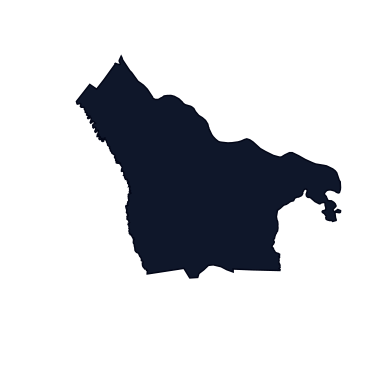 Bella Vista, Corrientes, Argentina (Mercator projection), rotated 115°
{"feature_id": "61730980B66875074034941", "entity_name": "Bella Vista", "entity_type": "district", "adm_level": 2, "iso_a3": "ARG", "parent_name": "Argentina", "parent_adm1": "Corrientes", "projection": "mercator", "projection_center": [-58.927, -28.498], "detail": "fine", "context": "isolated", "style": "filled", "palette": "ink", "viewbox_px": 384, "rotation_deg": 115, "n_neighbors": 0, "source": "geoboundaries", "source_scale": "gbopen_adm2", "svg_char_len": 6025}
<svg xmlns="http://www.w3.org/2000/svg" viewBox="0 0 384 384"><g transform="rotate(115 192 192)"><path d="M160.0,58.8L160.1,57.6L159.6,54.9L159.0,54.0L158.9,52.6L159.2,52.1L156.9,49.4L156.5,49.4L154.6,51.1L151.1,53.3L150.5,53.5L149.9,53.3L149.3,52.5L148.7,50.3L148.3,49.4L147.8,49.0L147.3,49.0L146.1,49.5L146.2,52.5L149.1,54.1L149.7,54.8L149.4,55.7L149.0,56.4L148.4,56.8L147.0,56.5L144.2,55.5L143.6,55.7L142.2,57.2L141.4,59.2L141.1,61.9L142.2,64.6L142.1,65.3L140.4,67.4L139.3,68.5L138.3,70.9L136.9,71.5L133.8,70.6L132.3,68.9L131.4,67.0L130.9,63.9L130.8,62.4L131.2,61.3L131.1,59.5L130.8,58.6L130.1,58.2L127.1,58.6L125.2,59.3L120.1,62.0L119.2,63.5L113.4,69.0L112.3,71.2L111.6,74.2L111.5,81.0L112.1,83.6L114.4,91.8L114.6,95.3L114.7,103.1L114.1,110.6L114.0,117.7L115.2,120.3L119.1,123.5L122.6,125.8L123.5,127.8L124.5,133.7L124.3,142.5L123.8,148.5L120.9,157.8L120.3,161.7L120.7,164.8L122.3,166.6L124.8,168.7L127.1,171.3L130.5,176.6L132.4,180.2L134.4,186.1L135.0,188.2L135.0,189.9L134.2,193.0L132.9,196.3L131.6,198.5L127.5,203.4L126.5,204.1L126.2,204.6L123.8,206.4L121.4,210.1L120.3,214.0L119.8,218.3L117.6,223.0L115.6,225.6L115.0,228.1L114.9,229.4L115.8,235.1L115.4,237.4L114.6,238.8L113.1,243.3L112.8,248.6L113.4,251.8L115.0,255.1L116.8,257.9L118.8,258.9L120.3,260.2L121.5,260.9L122.5,261.8L123.7,264.4L123.6,266.5L123.3,267.4L122.6,268.0L117.7,276.0L115.7,281.2L114.5,287.8L109.2,297.3L108.3,299.8L101.6,310.7L99.8,312.3L98.8,313.6L103.4,313.6L104.4,313.1L105.4,311.8L106.2,311.1L106.7,311.2L107.2,311.7L107.7,314.2L107.7,315.7L108.1,316.0L108.4,315.6L127.4,319.2L139.1,321.9L137.7,330.1L158.8,335.0L160.6,333.5L160.8,333.1L159.1,330.7L159.3,330.0L159.9,329.6L161.6,329.3L162.0,328.2L160.9,325.9L161.3,325.0L162.4,324.6L163.6,322.8L164.6,322.6L164.9,322.3L164.8,320.7L165.2,320.4L166.7,320.1L166.8,319.3L166.3,317.4L166.4,316.4L167.0,316.2L167.5,317.4L168.1,317.9L168.7,318.0L169.2,317.8L169.4,317.4L169.3,316.9L167.8,315.7L167.6,315.0L167.8,314.5L169.2,313.9L171.7,313.7L172.1,313.5L172.4,312.8L170.8,312.0L170.3,312.2L169.8,312.1L169.8,311.4L170.4,308.7L172.4,310.2L173.6,310.2L173.9,309.7L174.7,309.5L175.5,309.0L175.6,308.2L174.4,307.6L174.2,307.0L174.7,306.2L175.8,305.7L177.9,305.8L178.6,305.2L178.6,304.5L175.8,303.5L175.8,303.0L176.6,302.4L178.8,301.9L178.8,301.4L179.4,300.6L180.1,300.5L180.3,301.1L180.2,301.9L181.8,301.5L180.7,298.9L180.7,298.5L181.2,298.2L182.1,299.0L182.7,299.0L183.3,298.5L183.5,298.0L183.0,296.9L181.7,296.5L181.5,296.0L181.8,295.6L182.6,295.4L183.5,295.5L184.0,295.2L184.0,294.5L183.7,293.9L183.0,293.6L182.5,293.9L182.4,294.5L180.3,294.3L179.9,293.7L181.2,293.2L181.3,291.9L181.6,291.3L182.7,290.5L183.8,289.1L185.2,288.2L185.8,285.7L187.1,285.3L187.8,284.2L189.1,283.3L189.5,282.1L190.5,281.2L190.7,280.6L191.3,277.2L191.9,276.7L192.4,277.0L193.1,277.0L193.7,276.4L193.8,275.6L194.4,275.3L194.9,274.6L195.7,274.5L196.0,273.9L195.7,272.4L196.9,273.3L197.5,273.0L197.5,272.2L197.0,270.6L196.1,269.6L196.2,269.0L197.0,269.1L198.9,265.8L199.4,265.5L201.1,265.4L202.9,264.8L203.0,264.3L202.3,263.5L202.3,262.9L202.9,262.2L204.0,261.6L204.4,261.0L205.9,261.1L206.0,259.9L207.6,259.0L208.1,257.8L208.6,257.6L207.9,256.4L208.1,255.8L209.3,255.6L209.3,254.0L210.5,254.3L211.1,254.0L210.6,253.2L211.6,253.0L212.2,252.5L212.4,251.8L213.7,251.7L213.2,251.2L213.1,250.5L213.7,250.2L214.4,250.4L216.5,249.4L216.7,248.4L217.1,248.3L217.5,248.9L218.1,248.9L218.8,248.4L218.9,247.9L218.5,247.7L218.5,247.2L219.0,246.9L219.4,247.5L220.1,247.6L220.7,248.6L221.4,248.6L221.7,248.2L223.0,247.9L223.3,247.4L224.3,247.2L225.4,246.2L225.9,246.1L226.7,245.5L228.2,246.0L228.7,245.7L230.2,245.5L230.4,244.9L231.1,244.5L231.6,244.6L232.2,246.0L233.1,245.9L235.0,244.4L234.9,243.8L235.2,243.5L235.9,243.6L236.8,243.1L238.2,242.8L238.6,242.3L238.3,241.4L239.7,240.9L239.8,240.2L240.3,239.8L240.8,239.9L241.0,240.3L241.5,240.6L241.8,240.2L242.3,240.2L242.7,239.6L243.8,239.6L244.2,239.2L244.3,238.4L244.6,237.2L245.2,237.0L246.0,235.7L246.6,235.9L247.0,236.3L247.3,235.7L248.3,236.3L248.7,235.9L248.8,235.3L249.2,234.8L250.1,234.5L251.0,233.7L251.8,233.7L252.0,233.2L252.8,232.7L254.0,232.7L254.8,231.7L255.8,231.4L255.8,230.7L256.7,230.1L256.7,229.5L256.2,228.8L257.0,228.3L258.5,226.3L258.2,226.1L258.1,225.5L258.7,225.2L259.4,225.3L259.8,224.9L259.6,224.4L260.8,224.5L262.6,223.8L263.1,223.4L264.0,222.0L265.2,221.5L266.6,220.3L268.9,219.0L269.8,217.8L269.8,217.1L270.1,216.7L270.1,214.6L270.4,214.0L271.2,213.5L271.5,212.9L272.2,212.3L273.1,210.4L274.7,209.1L275.2,209.1L275.6,208.8L275.6,207.4L275.8,206.9L276.7,206.4L277.3,207.0L279.4,205.8L279.8,205.3L280.4,204.9L280.6,204.1L281.0,203.8L281.2,202.8L281.7,202.3L281.4,201.5L281.5,200.4L282.2,200.1L281.9,199.6L282.1,199.0L282.7,199.0L283.7,198.4L284.2,198.5L285.2,198.0L264.6,167.1L270.8,157.7L267.0,150.7L263.0,151.3L257.6,148.5L251.5,146.1L249.0,141.9L247.4,134.1L247.7,127.7L247.1,120.9L244.4,122.2L236.9,104.2L226.0,79.2L225.2,79.3L224.4,80.8L223.2,80.3L222.7,80.7L221.0,81.4L220.9,82.2L220.3,82.2L219.6,83.2L218.3,84.0L217.0,84.2L216.4,84.8L215.2,85.2L214.3,85.0L213.8,85.3L213.6,86.0L213.0,85.7L211.4,86.3L211.2,88.2L211.5,89.1L211.5,90.9L210.0,93.1L209.8,93.7L208.6,94.5L208.4,95.2L208.7,95.6L208.6,96.1L208.2,96.4L207.1,96.4L206.6,96.8L204.7,96.2L202.9,96.2L202.4,96.4L201.7,97.4L200.3,98.2L199.5,97.6L197.5,98.1L195.2,98.4L193.8,98.2L192.2,98.3L191.3,98.0L188.3,98.9L186.4,100.0L185.0,100.5L182.6,101.9L181.3,103.3L178.7,105.1L172.5,106.8L169.4,105.1L165.1,103.3L163.3,101.3L161.3,100.0L159.8,99.3L158.2,97.9L157.5,96.8L156.9,96.3L154.1,96.2L152.3,94.7L151.5,93.3L149.2,91.4L148.4,91.1L146.6,91.0L145.1,91.7L143.8,91.4L143.1,91.6L142.0,91.1L141.3,90.4L141.1,89.6L141.3,88.9L141.6,88.4L143.3,87.8L145.7,87.6L147.2,86.6L147.8,85.2L147.7,84.3L147.1,82.9L147.1,82.0L148.7,76.5L148.9,71.7L148.6,71.0L147.0,70.1L145.7,68.0L145.6,67.5L146.0,66.6L147.7,65.8L149.5,64.2L150.4,63.7L151.6,63.5L152.5,63.9L153.9,65.6L154.5,65.8L155.1,65.5L155.4,65.0L155.7,62.8L157.2,60.2L157.9,59.9L158.8,59.9L160.0,58.8Z" fill="#0f172a" stroke="#020617" stroke-width="1.5"/></g></svg>